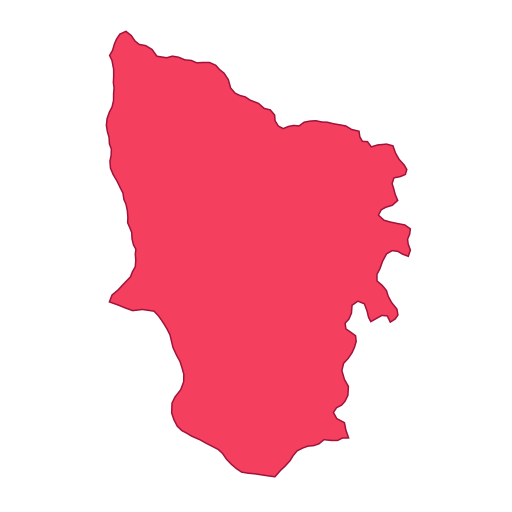 outline of Iraí de Minas, Minas Gerais, Brazil, rotated 272°
{"feature_id": "56859067B90662154366353", "entity_name": "Iraí de Minas", "entity_type": "district", "adm_level": 2, "iso_a3": "BRA", "parent_name": "Brazil", "parent_adm1": "Minas Gerais", "projection": "albers", "projection_center": [-47.455, -19.048], "detail": "fine", "context": "isolated", "style": "filled", "palette": "rose", "viewbox_px": 512, "rotation_deg": 272, "n_neighbors": 0, "source": "geoboundaries", "source_scale": "gbopen_adm2", "svg_char_len": 2823}
<svg xmlns="http://www.w3.org/2000/svg" viewBox="0 0 512 512"><g transform="rotate(272 256 256)"><path d="M451.3,102.7L446.5,105.2L437.7,107.2L430.6,107.5L424.3,107.4L419.0,108.3L413.2,108.0L406.4,108.2L399.8,106.9L394.8,104.5L388.2,102.4L381.3,101.9L375.3,103.1L369.5,105.0L362.9,105.6L357.9,107.7L351.3,107.7L345.7,106.7L338.7,107.5L332.4,110.4L326.2,114.4L318.8,118.3L314.3,120.8L307.9,122.0L303.4,124.2L297.0,125.8L290.3,126.6L284.7,126.6L280.1,128.8L275.1,131.0L268.8,131.5L263.0,133.1L258.5,135.7L253.7,135.3L247.4,136.0L241.0,135.7L236.0,133.1L230.7,131.2L226.9,127.8L222.9,124.2L217.0,119.1L212.0,113.5L205.0,111.1L202.1,120.2L199.7,126.6L197.1,134.6L198.6,144.3L197.3,156.0L192.9,160.5L188.6,163.8L184.5,166.7L179.5,169.9L174.2,172.8L168.3,174.4L161.5,176.3L154.0,180.1L148.0,183.7L141.9,185.9L135.3,188.0L127.7,188.1L119.7,185.4L112.3,180.0L106.1,177.2L96.2,177.2L89.7,179.6L83.1,183.3L78.9,188.0L76.8,192.4L73.6,198.2L70.4,206.4L67.2,212.6L64.2,219.0L61.4,224.9L57.6,229.4L52.0,233.5L47.0,238.6L42.8,243.9L39.5,249.2L38.7,255.4L38.2,263.2L36.9,273.9L36.0,282.6L42.6,288.0L46.9,292.3L52.7,297.2L58.0,300.2L62.7,303.9L65.8,309.5L67.8,314.6L68.5,320.2L70.5,325.5L74.8,330.3L74.3,337.8L74.5,344.0L77.1,348.7L77.4,354.9L85.2,351.9L92.5,350.2L96.3,342.4L102.3,338.8L107.2,341.8L110.1,346.9L113.9,350.0L119.9,352.7L128.9,352.9L135.7,348.7L144.5,345.8L151.8,347.3L156.9,351.7L162.6,355.3L167.9,357.5L174.0,359.1L179.8,358.3L182.8,353.8L186.3,348.4L191.9,347.4L196.1,351.0L202.2,353.4L210.1,353.7L214.4,359.4L212.0,366.0L204.6,369.0L198.7,370.6L194.4,373.0L198.0,378.9L201.0,383.9L200.7,389.3L194.6,392.5L197.9,397.3L202.0,399.9L207.8,398.7L214.3,393.1L220.4,389.5L226.0,387.6L231.0,383.2L235.3,377.8L241.8,377.5L247.4,380.2L255.2,382.7L262.7,386.4L266.1,391.9L265.6,397.5L263.0,402.3L261.0,408.2L267.3,410.1L273.5,407.6L278.1,406.9L283.2,408.8L288.5,409.3L292.2,403.7L293.5,395.7L294.6,389.2L296.2,382.7L301.1,376.9L306.6,379.6L309.2,383.9L311.4,390.4L316.5,395.7L322.3,393.0L328.6,391.1L333.1,389.5L338.9,391.1L340.4,397.5L342.7,402.4L347.7,403.7L352.0,401.0L357.5,395.7L363.6,391.9L370.9,389.0L372.4,382.6L371.2,373.5L369.1,367.4L374.2,363.4L374.3,358.3L378.8,355.6L384.3,354.6L385.8,347.1L389.1,341.2L389.9,336.0L390.9,328.7L392.2,322.6L392.2,317.2L393.3,311.0L392.7,305.2L391.4,299.4L387.5,294.5L387.8,289.2L386.6,283.9L384.3,278.8L386.6,273.8L391.9,270.3L397.5,269.7L402.5,265.2L403.8,259.0L408.6,253.2L411.6,244.6L414.6,239.8L415.9,234.2L418.0,229.4L423.0,224.8L431.2,222.2L437.6,217.7L441.2,212.9L445.2,209.1L447.8,202.7L447.5,195.5L447.0,190.0L449.2,184.4L449.5,178.2L452.0,171.6L452.8,165.4L451.0,159.8L452.2,150.0L458.8,144.9L462.4,138.4L463.4,131.8L466.7,127.5L472.0,123.6L476.0,118.2L473.0,112.2L468.0,109.1L463.2,107.2L456.4,105.4L451.3,102.7Z" fill="#f43f5e" stroke="#9f1239" stroke-width="1.5"/></g></svg>